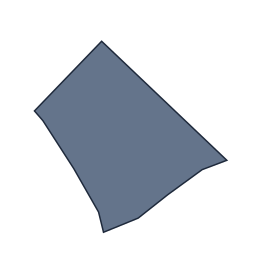 the district of 31, Ad Dawhah, Qatar, rotated 71°
{"feature_id": "91078587B64948083253590", "entity_name": "31", "entity_type": "district", "adm_level": 2, "iso_a3": "QAT", "parent_name": "Qatar", "parent_adm1": "Ad Dawhah", "projection": "natural_earth1", "projection_center": [51.473, 25.343], "detail": "fine", "context": "isolated", "style": "filled", "palette": "slate", "viewbox_px": 256, "rotation_deg": 71, "n_neighbors": 0, "source": "geoboundaries", "source_scale": "gbopen_adm2", "svg_char_len": 320}
<svg xmlns="http://www.w3.org/2000/svg" viewBox="0 0 256 256"><g transform="rotate(71 128 128)"><path d="M37.4,124.7L81.4,210.9L93.3,206.1L148.7,192.5L197.9,183.2L217.7,185.0L218.0,185.1L218.6,185.1L216.5,147.7L204.0,112.1L191.5,71.4L190.7,45.1L37.4,124.7Z" fill="#64748b" stroke="#1e293b" stroke-width="1.5"/></g></svg>